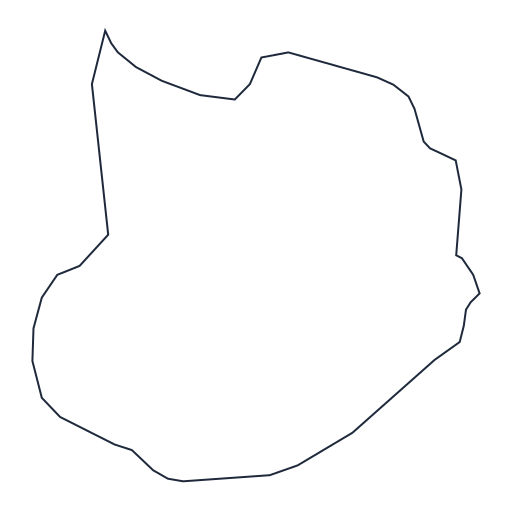 map outline of Boa Vista (Robinson projection)
{"feature_id": "CPV-5055", "entity_name": "Boa Vista", "entity_type": "state/province", "adm_level": 1, "iso_a3": "CPV", "parent_name": "Cabo Verde", "parent_adm1": "", "projection": "robinson", "projection_center": [-22.807, 16.113], "detail": "fine", "context": "isolated", "style": "outline", "palette": "slate", "viewbox_px": 512, "rotation_deg": 0, "n_neighbors": 0, "source": "natural_earth", "source_scale": "10m", "svg_char_len": 645}
<svg xmlns="http://www.w3.org/2000/svg" viewBox="0 0 512 512"><path d="M456.2,255.3L461.9,258.2L473.2,274.8L479.6,293.4L470.7,302.2L466.0,309.6L463.8,325.8L459.7,342.0L434.7,359.8L352.5,432.7L297.6,465.4L269.7,475.2L183.2,481.3L167.9,478.7L153.2,470.3L131.9,450.1L114.6,444.5L60.1,417.0L41.8,397.8L32.4,361.0L33.5,328.3L41.8,297.6L57.3,274.8L79.6,265.9L108.2,234.7L91.9,84.1L105.2,30.7L111.2,43.2L117.8,52.3L136.0,67.1L161.8,80.8L200.0,95.1L234.8,99.5L249.9,84.1L261.4,57.5L288.3,52.4L377.2,77.4L393.4,84.7L408.5,96.5L414.5,108.8L423.7,141.6L430.0,148.3L455.7,160.4L461.4,189.5L456.2,255.3Z" fill="none" stroke="#1e293b" stroke-width="2"/></svg>